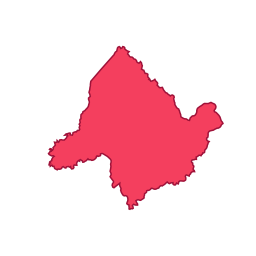 Montes Altos, Maranhão, Brazil, rotated 329°
{"feature_id": "56859067B69615638482007", "entity_name": "Montes Altos", "entity_type": "district", "adm_level": 2, "iso_a3": "BRA", "parent_name": "Brazil", "parent_adm1": "Maranhão", "projection": "natural_earth1", "projection_center": [-47.061, -5.84], "detail": "fine", "context": "isolated", "style": "filled", "palette": "rose", "viewbox_px": 256, "rotation_deg": 329, "n_neighbors": 0, "source": "geoboundaries", "source_scale": "gbopen_adm2", "svg_char_len": 5533}
<svg xmlns="http://www.w3.org/2000/svg" viewBox="0 0 256 256"><g transform="rotate(329 128 128)"><path d="M162.4,53.7L161.0,53.6L160.2,54.0L157.8,56.4L156.4,56.4L154.8,57.2L153.9,58.0L152.7,58.3L151.4,58.7L134.6,64.0L120.2,68.8L118.3,71.1L117.6,72.3L116.3,73.7L114.8,75.6L113.6,76.7L112.9,77.4L112.6,79.6L111.9,81.5L109.6,82.0L108.9,83.2L108.5,85.3L107.8,86.5L106.5,87.6L105.1,89.1L102.7,90.1L101.6,90.3L99.9,90.9L97.8,90.8L96.8,91.9L94.7,92.3L93.7,93.6L93.0,94.8L92.4,95.9L91.3,95.9L90.5,96.9L89.9,98.7L88.1,99.6L88.1,101.1L86.5,102.3L85.9,104.3L84.8,104.8L83.4,104.0L81.8,104.7L80.8,104.1L78.5,103.7L77.6,104.7L76.6,105.5L75.8,104.8L74.9,104.0L75.9,102.8L75.1,102.1L73.3,101.7L71.8,101.2L70.2,101.6L72.4,102.6L72.3,103.7L71.4,103.8L70.1,104.8L67.2,105.5L65.8,104.7L64.7,103.6L63.2,103.1L62.4,103.9L61.3,104.4L60.8,102.2L59.8,103.6L58.9,103.3L57.7,102.3L57.3,103.8L56.8,105.3L53.5,106.3L53.2,107.4L52.3,107.9L51.3,107.7L50.3,108.4L49.1,107.9L48.1,108.7L46.8,108.8L46.7,110.0L47.4,111.3L48.2,112.6L49.6,113.2L50.1,114.2L49.0,114.3L48.1,114.7L46.5,115.6L45.8,116.7L44.8,116.6L43.6,116.7L43.6,117.9L42.8,117.4L41.3,118.9L42.1,119.6L41.6,120.8L42.7,120.7L43.7,120.7L43.7,122.1L44.8,122.7L44.5,123.7L44.3,125.0L45.1,126.3L45.8,127.4L46.9,127.1L47.7,127.8L48.6,128.3L50.1,128.5L51.3,127.7L52.6,127.7L53.2,129.4L54.1,130.3L55.2,129.6L57.0,130.2L57.8,131.5L58.9,131.5L58.4,132.6L58.6,134.1L60.0,134.6L61.2,134.1L61.7,132.7L62.8,132.0L63.9,132.8L65.0,133.6L65.6,132.0L66.7,131.0L67.7,130.7L68.8,130.4L69.4,131.5L69.9,130.7L70.8,130.5L71.4,131.7L71.9,132.6L71.6,134.0L72.6,134.5L74.0,134.4L75.5,134.5L76.9,134.1L77.8,133.8L78.0,135.0L79.5,135.9L80.2,137.0L81.3,137.5L82.9,137.7L84.1,137.5L85.4,137.1L86.3,136.1L87.2,136.0L87.6,136.9L88.6,137.1L89.6,137.5L90.5,137.2L91.1,136.0L92.5,136.4L93.2,137.0L95.7,141.7L96.0,142.7L96.8,145.5L96.8,147.2L95.9,148.6L94.5,150.0L93.6,152.1L92.2,153.9L91.2,155.0L90.4,155.8L90.1,157.8L89.9,158.8L88.9,159.7L87.6,160.5L87.6,161.5L87.9,164.4L88.1,166.1L87.5,167.2L86.1,167.7L84.9,168.9L84.5,170.9L85.2,172.0L88.6,171.5L92.5,171.1L91.5,172.5L91.1,173.8L91.0,175.1L90.7,176.6L89.7,177.5L89.2,179.4L89.1,181.3L89.2,183.2L89.8,184.2L91.2,184.8L92.0,186.0L91.9,187.3L91.4,188.7L90.8,189.7L90.1,190.5L89.0,191.2L88.0,192.3L88.3,193.4L89.2,194.4L88.5,195.6L87.9,197.0L87.2,197.9L87.8,198.7L88.9,198.5L90.1,199.5L91.1,199.5L91.7,198.1L91.7,196.9L92.5,196.5L93.6,196.3L94.3,197.5L95.2,198.2L96.5,199.0L97.1,198.1L97.0,197.0L97.1,195.9L97.3,194.4L98.4,194.4L99.7,194.6L100.6,195.7L101.6,196.5L103.5,196.4L104.7,196.4L105.8,196.2L106.3,195.1L107.5,194.1L108.4,192.8L109.8,192.8L110.9,192.5L111.7,191.4L112.7,191.6L113.8,192.2L115.5,192.2L116.9,191.7L117.9,192.4L118.7,193.6L119.6,194.4L120.7,194.8L122.1,194.9L123.4,195.3L124.5,194.7L125.4,194.4L126.6,194.4L127.5,195.3L128.5,195.2L129.7,195.2L131.5,195.0L132.7,194.6L133.8,194.5L134.2,196.0L134.8,197.0L135.7,197.1L136.6,197.1L137.5,197.7L138.4,198.0L137.7,199.2L138.2,200.6L139.4,201.2L140.4,200.7L141.3,200.2L142.2,201.8L143.0,201.2L143.9,200.2L145.1,200.1L146.0,200.5L147.1,201.3L148.0,202.0L149.0,202.4L150.5,202.3L151.3,201.5L151.9,200.4L152.2,199.0L153.1,198.3L154.0,198.4L154.7,199.4L155.7,200.7L156.6,199.8L158.1,199.5L158.9,198.8L160.2,198.6L161.4,198.9L162.6,199.7L162.9,198.4L162.3,197.5L163.0,196.3L163.8,195.7L164.8,194.6L164.5,193.3L164.9,192.2L165.4,191.4L164.9,190.1L165.3,189.1L166.3,188.5L167.2,188.7L168.2,189.2L169.5,189.4L170.5,190.1L171.1,188.9L171.5,188.0L172.5,188.2L173.8,188.1L174.7,187.9L175.6,188.4L176.3,189.4L177.3,188.8L178.3,188.7L179.2,187.9L180.0,188.4L181.2,188.2L181.9,187.2L182.7,186.4L184.0,186.1L185.3,185.5L186.4,184.5L187.3,183.5L188.2,182.9L189.2,181.9L190.6,181.4L189.5,180.0L189.4,178.4L190.3,177.1L191.5,177.1L192.4,176.2L193.2,175.1L193.8,173.9L194.9,173.0L196.3,172.6L198.0,173.1L200.1,173.8L201.7,173.8L202.9,173.9L204.2,174.0L205.3,174.6L207.1,174.7L208.4,174.3L209.3,173.6L210.3,173.2L211.7,173.1L211.9,171.7L211.6,169.9L212.0,168.0L212.3,166.9L212.5,165.6L212.4,163.8L211.9,161.5L211.5,160.0L210.5,158.5L210.9,157.3L212.4,156.7L213.6,156.0L214.5,154.7L214.7,153.4L214.5,152.1L213.8,151.1L213.1,150.1L212.3,148.8L209.5,148.4L208.1,147.6L207.0,146.9L206.2,146.4L205.1,146.3L204.1,146.4L203.0,146.6L201.9,146.6L200.5,146.6L197.9,146.9L197.0,147.4L196.0,148.4L195.4,149.4L194.4,150.4L193.0,151.2L192.0,151.6L190.8,151.5L189.3,150.8L186.6,151.4L184.6,153.2L183.6,152.3L183.0,151.0L182.5,150.1L181.4,149.4L180.7,148.6L179.8,147.1L179.1,145.6L180.0,143.8L180.3,142.2L180.5,141.1L180.9,140.0L181.0,138.9L181.2,137.8L180.6,136.9L180.2,135.6L180.2,134.1L180.3,131.8L181.1,130.7L181.2,129.5L181.7,128.1L182.2,126.4L183.5,125.4L183.8,124.1L183.2,122.7L182.0,122.2L180.8,122.3L180.4,121.1L179.7,119.6L179.4,118.0L178.6,117.3L178.3,115.8L178.1,113.8L178.2,112.5L178.4,110.9L176.5,110.1L175.7,109.5L175.5,107.9L175.0,106.5L176.5,104.9L176.4,103.4L176.0,102.0L176.1,100.1L174.8,100.3L173.8,100.2L172.6,100.0L171.7,99.7L171.6,98.3L171.0,97.3L171.8,97.3L171.6,95.9L171.3,94.5L171.9,93.2L172.7,92.2L172.2,91.0L170.8,90.0L171.0,88.3L171.3,86.6L170.6,85.9L169.9,84.5L170.6,83.9L171.4,82.9L172.3,82.1L172.6,80.4L173.1,79.2L172.9,77.5L171.7,77.9L170.8,78.1L169.9,76.8L169.6,75.7L170.0,74.6L169.7,73.0L168.6,71.8L168.4,70.2L167.9,69.2L166.7,68.5L166.2,67.4L166.2,65.9L165.8,64.4L166.8,63.5L168.3,63.1L167.5,62.1L166.7,60.8L166.0,58.6L166.6,57.3L166.2,56.2L165.4,55.5L164.0,56.3L162.7,56.1L162.9,54.9L162.4,53.7ZM51.3,107.7L51.4,106.2L50.6,105.6L49.7,106.0L50.3,106.7L51.3,107.7Z" fill="#f43f5e" stroke="#9f1239" stroke-width="1.5"/></g></svg>